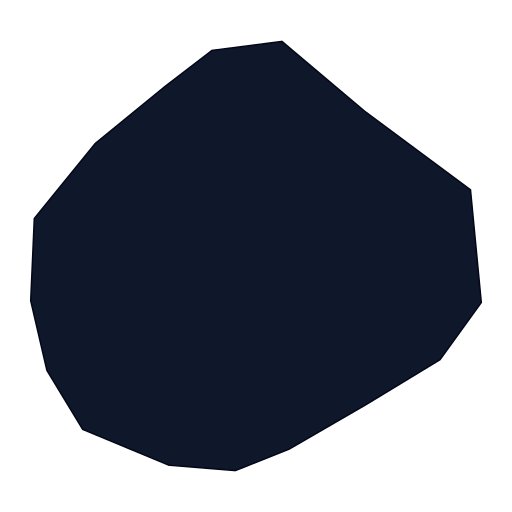 Shusha City, Şuşa, Azerbaijan, rotated 270°
{"feature_id": "54616110B73470411147872", "entity_name": "Shusha City", "entity_type": "district", "adm_level": 2, "iso_a3": "AZE", "parent_name": "Azerbaijan", "parent_adm1": "Şuşa", "projection": "orthographic", "projection_center": [46.748, 39.738], "detail": "fine", "context": "isolated", "style": "filled", "palette": "ink", "viewbox_px": 512, "rotation_deg": 270, "n_neighbors": 0, "source": "geoboundaries", "source_scale": "gbopen_adm2", "svg_char_len": 399}
<svg xmlns="http://www.w3.org/2000/svg" viewBox="0 0 512 512"><g transform="rotate(270 256 256)"><path d="M240.5,32.0L211.3,30.7L141.6,46.9L82.6,82.7L46.8,168.9L41.4,235.3L62.9,289.2L107.6,366.4L152.3,440.0L209.5,481.3L322.2,470.5L400.8,364.6L462.0,292.1L470.6,282.0L461.6,212.0L425.8,165.3L368.6,95.3L306.0,44.4L293.5,34.3L240.5,32.0Z" fill="#0f172a" stroke="#020617" stroke-width="1.5"/></g></svg>